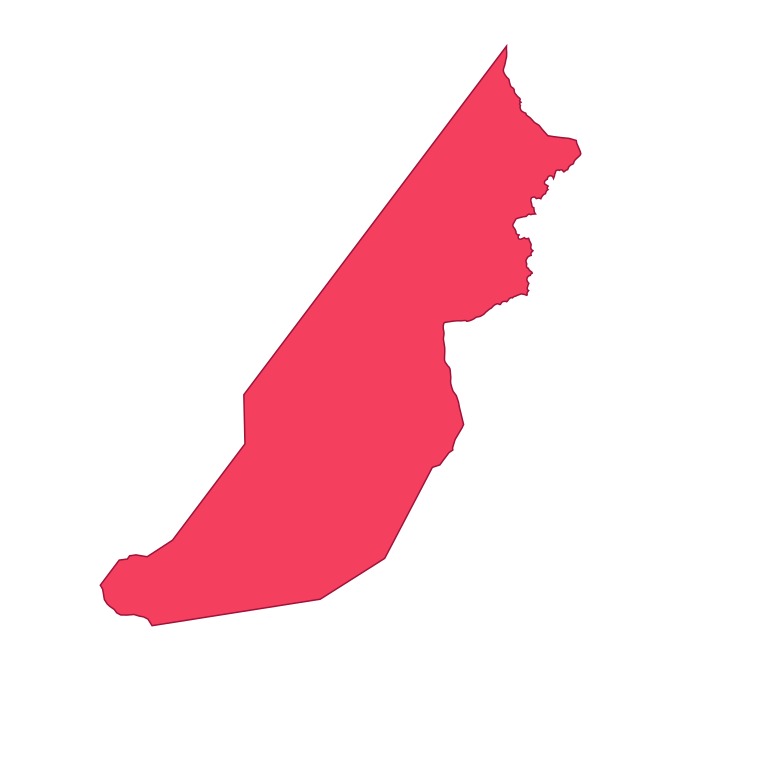 the district of Acurenam, Centro Sur, Equatorial Guinea, rotated 127°
{"feature_id": "11065452B93144755032170", "entity_name": "Acurenam", "entity_type": "district", "adm_level": 2, "iso_a3": "GNQ", "parent_name": "Equatorial Guinea", "parent_adm1": "Centro Sur", "projection": "albers", "projection_center": [10.388, 1.118], "detail": "fine", "context": "isolated", "style": "filled", "palette": "rose", "viewbox_px": 768, "rotation_deg": 127, "n_neighbors": 0, "source": "geoboundaries", "source_scale": "gbopen_adm2", "svg_char_len": 5826}
<svg xmlns="http://www.w3.org/2000/svg" viewBox="0 0 768 768"><g transform="rotate(127 384 384)"><path d="M522.8,278.5L421.5,295.2L415.0,290.7L408.7,290.8L399.7,290.8L395.3,289.3L393.8,290.8L385.6,293.8L372.1,295.3L368.4,296.1L357.5,309.4L353.6,313.7L349.8,319.2L348.2,324.5L345.9,327.9L343.2,331.3L342.9,331.5L341.0,333.0L338.3,334.8L337.0,336.0L333.5,339.1L332.2,340.5L331.4,342.1L331.1,344.1L329.8,348.1L329.6,348.6L328.5,350.0L328.3,350.1L328.2,350.3L326.3,351.7L322.2,354.5L320.7,355.6L318.3,357.5L312.7,363.3L311.2,364.4L309.5,365.3L307.5,366.5L305.8,368.1L304.5,369.6L302.7,371.2L302.5,371.3L299.8,372.7L299.6,372.7L299.4,372.8L299.2,372.7L298.8,372.6L298.6,372.5L297.9,372.2L297.6,371.9L292.1,366.5L289.2,363.3L287.7,361.1L284.5,357.5L284.3,357.2L284.1,356.7L284.1,355.7L283.4,354.9L281.5,353.4L279.5,352.2L277.3,351.2L275.5,350.7L274.8,350.3L273.4,348.9L271.8,347.7L268.4,346.3L265.1,345.9L263.2,345.4L260.9,344.9L260.7,344.8L258.5,343.9L256.8,343.8L254.7,343.4L254.4,343.3L254.2,343.2L252.2,342.2L251.8,341.9L251.7,341.8L251.6,341.6L251.5,341.4L251.4,341.2L250.8,339.2L250.3,338.9L248.0,339.1L247.7,339.0L247.3,339.0L247.1,338.9L246.9,338.8L246.7,338.7L245.4,337.4L244.9,336.8L244.5,335.5L243.3,335.3L240.8,335.3L240.1,335.2L239.0,334.7L238.8,334.6L238.6,334.5L238.5,334.3L238.3,334.2L238.2,334.0L238.1,333.8L237.9,333.2L236.8,333.1L236.1,332.8L234.5,331.7L232.8,330.8L229.8,328.9L229.3,328.3L228.0,325.8L227.3,323.4L226.6,323.3L225.9,324.0L225.4,324.4L224.9,324.6L224.3,324.7L222.3,324.7L222.4,325.4L222.3,326.0L221.9,326.7L221.5,327.2L220.7,327.6L220.0,327.8L219.6,327.9L218.9,328.3L218.2,328.5L217.3,328.6L216.8,328.7L216.4,329.0L216.3,329.7L216.0,330.6L215.6,331.5L215.3,332.0L214.6,332.8L214.0,333.2L213.1,333.5L212.5,333.6L211.5,333.6L211.0,333.5L210.3,333.3L209.8,333.0L209.2,332.5L208.8,332.7L208.2,332.8L207.6,332.8L206.8,332.6L206.3,332.3L205.8,332.9L205.7,333.3L205.7,333.9L205.7,334.9L205.6,336.5L205.4,337.0L205.0,337.9L204.7,338.3L204.8,338.5L205.0,339.1L205.0,339.3L204.9,339.9L204.8,340.3L204.4,340.8L203.9,341.3L203.4,341.7L202.2,342.2L202.1,342.4L201.0,344.0L200.4,344.6L200.0,344.9L199.8,344.9L199.6,345.0L198.9,345.2L197.9,345.4L196.2,345.5L195.7,345.5L195.0,345.2L194.0,344.8L193.4,344.4L192.9,343.9L192.7,343.8L192.3,344.3L191.7,345.0L191.4,345.2L191.2,345.2L191.0,345.4L190.8,345.4L190.6,345.4L189.5,345.4L188.3,345.2L187.9,345.2L187.9,345.4L187.9,346.7L187.7,347.5L187.2,348.5L186.6,349.0L184.2,350.3L183.6,351.0L181.9,354.3L180.9,355.7L180.6,356.2L181.4,356.8L181.5,356.9L181.7,357.1L182.3,357.8L182.6,358.3L182.7,358.8L182.8,359.6L182.7,360.0L185.4,361.5L186.0,361.9L186.5,362.5L186.7,362.9L186.9,363.8L186.6,364.5L186.2,365.0L185.6,365.6L184.9,365.8L184.1,365.9L183.5,365.7L183.0,365.5L183.7,366.0L184.1,366.4L184.2,366.6L184.3,367.2L184.4,368.1L184.4,368.3L184.4,368.5L184.2,368.9L184.1,369.0L183.6,369.8L182.8,370.4L182.5,370.9L181.7,372.3L181.1,373.8L180.9,374.8L180.7,375.4L180.4,375.9L180.0,376.4L179.4,376.8L178.7,377.1L175.2,377.6L174.3,377.7L173.7,377.9L173.0,377.9L172.3,377.7L172.1,377.6L171.9,377.5L170.2,376.3L166.5,373.3L164.7,371.4L164.4,371.3L163.8,371.2L162.8,371.1L161.9,370.9L161.3,370.6L161.2,370.5L160.8,370.0L160.7,369.7L160.5,369.1L160.5,368.8L160.0,368.3L159.1,367.8L158.5,367.3L158.4,366.9L157.7,366.1L157.0,365.3L156.8,366.0L156.3,367.0L156.1,367.5L155.5,368.1L154.5,369.1L153.5,370.0L153.1,370.4L153.0,370.5L153.2,371.2L153.3,371.8L153.2,372.4L153.1,372.6L152.7,373.1L152.4,373.3L150.7,375.2L149.5,376.8L149.0,377.3L147.8,378.0L147.6,378.0L147.4,378.1L147.2,378.1L146.8,378.2L146.6,378.2L146.1,378.0L145.4,377.7L144.8,377.2L144.4,376.7L144.0,375.9L144.0,375.1L144.3,374.0L143.9,373.6L142.5,372.4L142.1,371.8L141.9,371.0L141.7,370.2L139.9,370.6L138.5,370.7L137.2,370.6L136.8,370.5L135.9,370.3L135.7,370.1L134.9,369.6L134.5,369.7L132.8,370.3L132.6,370.3L132.4,370.4L131.6,370.4L130.9,370.3L130.5,370.2L130.1,370.0L130.1,370.4L130.0,370.6L129.7,371.1L129.1,371.6L128.9,371.8L128.6,371.9L128.4,372.0L127.2,372.0L127.2,372.6L127.3,373.6L127.4,374.4L127.5,375.3L127.4,376.0L127.1,376.6L126.6,377.1L125.9,377.5L125.4,377.6L124.6,377.6L123.5,377.4L122.9,377.2L122.2,376.8L121.8,377.0L121.6,377.1L120.9,377.5L120.1,377.6L119.3,377.5L118.7,377.3L118.0,376.9L117.5,376.5L117.1,375.5L116.9,374.8L117.0,374.2L117.1,373.6L117.6,372.8L117.9,372.3L115.5,373.0L113.6,373.9L111.4,374.6L110.6,374.9L109.8,374.9L109.1,374.5L108.3,373.7L108.0,373.2L107.9,372.5L107.4,372.3L107.2,372.2L106.9,372.0L106.7,371.8L106.2,371.2L105.9,370.5L106.0,369.7L106.5,368.3L106.5,368.2L106.2,367.9L103.7,367.3L103.2,367.0L102.4,366.4L101.4,366.5L100.3,366.9L99.7,367.0L98.5,367.0L98.3,367.0L98.1,367.0L96.4,366.5L96.2,366.4L94.6,365.5L94.1,365.4L93.6,365.5L91.9,366.1L91.6,366.1L91.4,366.1L90.2,366.2L88.6,366.0L84.8,365.3L83.2,365.1L82.1,365.3L81.7,365.4L81.1,366.1L80.2,367.2L78.3,370.5L75.9,374.7L75.8,374.9L75.7,375.0L73.8,377.1L76.5,384.1L80.0,389.8L84.3,397.3L87.1,402.6L85.4,411.0L84.1,415.8L84.6,421.3L83.5,427.2L83.5,432.1L82.4,433.8L82.7,434.7L83.0,436.2L83.2,438.5L82.8,439.6L82.3,440.5L81.3,441.6L81.1,442.0L80.6,442.3L79.9,442.4L79.4,442.7L79.2,443.2L79.0,444.1L77.8,444.6L77.1,444.2L76.5,444.1L76.6,445.2L76.2,446.1L75.5,446.2L74.6,446.6L74.1,447.7L74.1,449.0L73.9,450.9L73.4,452.7L73.1,454.4L71.6,456.4L70.5,457.3L70.0,458.6L70.1,461.5L69.3,463.0L68.2,464.5L65.5,467.6L65.1,470.6L64.4,473.1L63.6,474.9L62.7,476.4L61.4,477.7L59.6,478.5L56.7,479.5L54.4,480.5L51.6,481.9L49.1,482.9L47.7,483.9L45.6,485.4L42.8,487.8L40.4,489.5L40.5,489.5L476.9,489.5L515.5,459.0L636.0,458.9L664.5,469.2L669.7,479.2L674.3,483.8L678.2,483.6L684.0,489.5L715.4,489.5L717.2,485.2L724.5,477.5L726.2,472.8L726.6,469.3L726.4,463.8L727.6,459.7L726.9,455.3L723.2,450.2L718.5,444.9L716.7,439.9L714.7,435.9L713.8,431.0L716.6,423.8L594.2,305.4L522.8,278.5Z" fill="#f43f5e" stroke="#9f1239" stroke-width="1.5"/></g></svg>